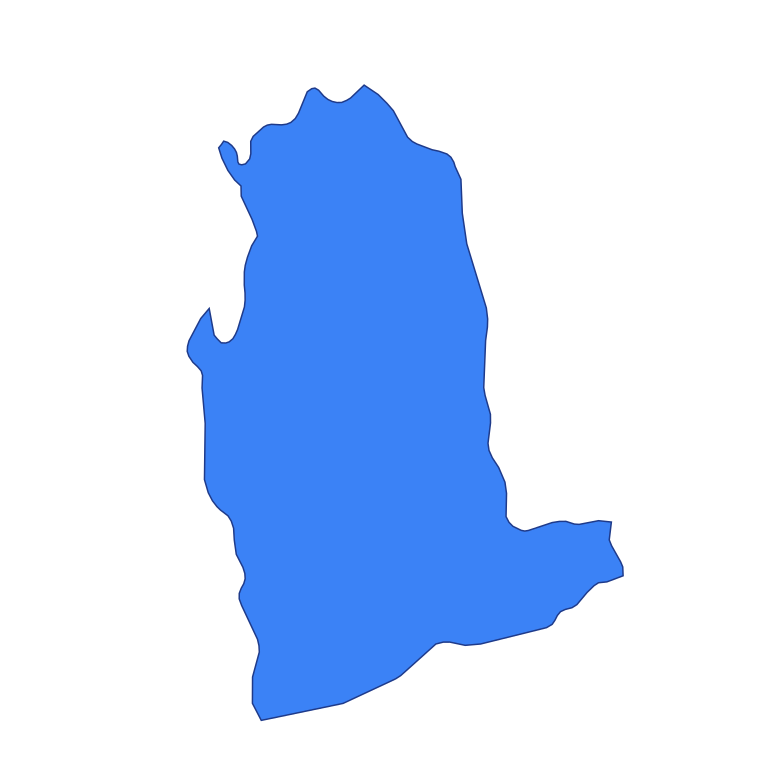 the County of Vâlcea, rotated 168°
{"feature_id": "ROU-304", "entity_name": "Vâlcea", "entity_type": "County", "adm_level": 1, "iso_a3": "ROU", "parent_name": "Romania", "parent_adm1": "", "projection": "albers", "projection_center": [24.119, 45.04], "detail": "fine", "context": "isolated", "style": "filled", "palette": "blue", "viewbox_px": 768, "rotation_deg": 168, "n_neighbors": 0, "source": "natural_earth", "source_scale": "10m", "svg_char_len": 2134}
<svg xmlns="http://www.w3.org/2000/svg" viewBox="0 0 768 768"><g transform="rotate(168 384 384)"><path d="M190.3,201.7L196.1,184.7L195.0,178.4L189.5,160.8L188.5,155.4L190.0,146.7L207.1,144.1L215.5,145.0L220.4,143.1L228.7,137.9L241.2,128.1L246.6,126.1L253.6,125.8L258.7,124.6L262.5,121.6L265.9,117.4L269.4,114.0L275.6,111.9L343.5,109.6L358.9,111.5L373.4,117.9L379.6,119.2L387.3,118.9L428.3,95.3L433.9,93.2L490.4,80.1L574.0,80.5L579.1,99.0L573.5,124.7L561.7,147.7L560.7,154.0L560.8,160.6L569.3,197.0L570.3,203.9L569.1,209.3L566.1,213.9L562.7,217.8L560.3,222.3L559.5,227.6L560.1,234.0L563.9,248.1L562.9,262.4L561.1,274.2L561.9,281.7L564.0,287.5L570.1,294.6L572.9,298.8L576.1,305.5L578.5,314.2L579.5,327.8L567.1,382.6L562.8,417.9L559.7,430.1L560.1,434.9L562.8,439.8L566.4,444.9L569.1,451.7L569.7,456.8L568.3,461.8L565.7,466.9L549.6,486.2L539.3,494.2L540.0,467.1L537.8,462.9L534.7,458.1L530.3,457.0L526.7,457.4L522.4,459.7L519.0,463.4L515.9,467.7L504.5,488.4L502.4,494.9L501.0,501.9L500.1,509.8L497.3,522.7L495.0,529.0L491.2,536.4L484.7,546.7L477.0,554.9L477.0,559.8L478.8,572.3L484.6,597.4L482.7,607.4L487.7,614.6L492.3,625.4L495.6,638.7L496.6,649.4L493.2,652.1L490.3,654.9L486.6,652.8L483.4,649.0L481.3,645.0L480.2,641.2L480.1,637.4L480.8,631.6L480.1,629.2L477.6,628.0L473.7,628.1L468.6,632.1L466.4,636.9L463.9,649.1L460.5,653.4L448.4,660.4L444.4,661.5L440.1,661.4L430.4,658.8L425.2,658.4L420.7,659.2L415.6,662.1L411.3,666.7L398.3,685.8L393.3,687.9L390.0,687.8L386.9,685.0L383.1,678.1L379.7,674.0L375.9,671.1L371.5,669.1L366.9,668.2L361.5,669.2L357.2,670.7L341.3,680.5L329.5,668.3L322.8,658.0L318.0,649.3L309.6,620.5L305.9,615.3L301.9,611.9L288.2,603.1L281.9,600.3L274.6,595.9L271.4,591.9L269.6,586.5L269.2,581.8L266.2,568.2L271.9,534.8L273.9,503.9L268.1,437.1L269.1,426.0L271.0,418.2L275.6,405.3L287.2,359.7L287.5,351.9L286.2,332.2L287.9,323.8L294.6,304.4L295.1,297.2L293.4,289.3L289.2,278.5L286.1,262.8L286.9,251.5L292.2,228.9L290.5,222.7L287.5,218.0L280.2,212.3L276.9,210.9L273.3,210.7L248.3,213.5L240.9,213.1L234.6,211.8L226.9,207.4L222.3,206.1L202.6,205.7L190.3,201.7Z" fill="#3b82f6" stroke="#1e3a8a" stroke-width="1.5"/></g></svg>